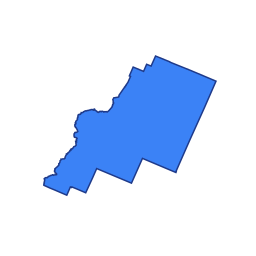 the district of Bragado, Buenos Aires, Argentina, rotated 250°
{"feature_id": "61730980B17981427769766", "entity_name": "Bragado", "entity_type": "district", "adm_level": 2, "iso_a3": "ARG", "parent_name": "Argentina", "parent_adm1": "Buenos Aires", "projection": "natural_earth1", "projection_center": [-60.56, -35.028], "detail": "fine", "context": "isolated", "style": "filled", "palette": "blue", "viewbox_px": 256, "rotation_deg": 250, "n_neighbors": 0, "source": "geoboundaries", "source_scale": "gbopen_adm2", "svg_char_len": 5379}
<svg xmlns="http://www.w3.org/2000/svg" viewBox="0 0 256 256"><g transform="rotate(250 128 128)"><path d="M141.9,226.7L147.6,220.6L160.5,206.7L175.5,190.0L175.8,190.0L186.2,178.5L178.3,170.9L181.5,167.3L175.9,162.0L183.5,153.7L176.5,147.1L175.6,148.0L170.9,143.5L168.8,140.5L168.6,140.6L167.7,138.9L167.5,139.0L166.8,137.7L161.9,130.8L161.8,130.7L161.1,130.4L160.8,130.2L160.4,129.9L160.4,129.5L160.4,129.0L160.5,128.6L160.6,128.0L160.7,127.6L160.8,127.0L160.9,126.7L160.9,126.2L161.0,125.8L161.1,125.6L161.2,125.2L161.2,124.9L160.6,124.3L160.1,123.7L159.8,123.4L158.9,123.4L158.5,123.4L158.2,123.3L157.5,122.9L157.1,122.8L156.7,123.1L156.3,123.0L156.0,122.8L155.8,122.6L155.7,122.4L155.7,122.0L155.5,121.7L155.3,121.7L155.1,121.6L154.9,121.6L154.7,121.5L154.6,121.1L154.2,120.9L153.9,120.8L153.7,120.7L153.6,120.4L153.1,120.1L153.0,119.8L153.0,119.7L152.7,119.4L152.5,118.9L152.3,118.6L152.2,118.4L151.9,118.0L151.7,117.7L151.7,117.4L151.3,116.8L151.1,116.5L151.0,116.2L150.7,115.7L150.6,115.2L150.4,114.9L150.3,114.5L150.2,114.2L150.2,113.8L150.8,113.3L150.9,113.1L150.8,112.7L151.1,112.2L151.3,111.7L151.4,111.4L151.3,111.1L151.2,110.8L151.4,110.6L151.7,110.6L152.0,110.2L152.4,109.8L152.6,109.3L152.7,109.1L152.5,108.7L152.4,108.4L152.7,108.0L153.1,107.8L153.2,107.6L153.3,107.4L153.2,107.0L153.0,106.8L152.9,106.6L152.9,106.4L153.1,106.2L152.8,105.6L152.8,105.4L153.1,105.1L153.4,104.8L153.7,104.6L154.1,104.6L154.3,104.5L154.4,104.2L154.6,104.0L154.8,104.0L155.2,103.9L155.9,103.3L156.3,103.1L156.7,103.0L157.0,103.1L157.4,102.8L157.4,102.6L156.6,102.2L156.5,102.3L156.4,102.3L156.3,102.1L156.4,101.9L156.5,101.8L156.8,101.6L156.9,101.3L157.1,101.1L157.4,101.0L157.6,100.7L157.6,100.4L157.7,100.1L158.0,99.7L157.9,99.3L157.8,98.6L157.9,98.4L158.1,98.0L158.1,97.3L158.0,97.1L158.1,96.4L158.3,95.9L158.4,95.6L158.3,95.2L158.3,94.5L158.5,94.3L158.6,94.1L158.7,93.8L158.7,93.5L158.6,93.2L158.6,92.7L158.5,92.4L158.4,92.0L158.5,91.7L158.4,91.5L158.1,91.2L158.0,90.5L158.1,90.1L158.5,89.3L158.0,89.1L157.7,88.9L157.6,88.4L157.4,88.2L157.2,88.1L157.1,87.9L157.3,87.6L157.2,87.1L157.4,87.0L157.5,86.9L157.4,86.7L157.5,86.3L157.5,86.0L157.3,85.7L157.1,85.4L156.9,85.3L156.7,85.2L156.3,85.2L156.1,85.1L155.8,84.7L155.3,84.5L155.0,84.5L154.9,84.4L154.8,84.0L154.7,83.8L154.4,83.7L154.2,83.6L153.8,83.7L153.5,83.6L153.4,83.3L152.7,82.6L152.6,82.0L152.1,81.3L151.9,81.1L151.4,81.0L151.2,80.9L150.9,80.3L150.6,80.6L150.2,80.6L149.8,80.5L149.6,80.1L149.5,79.8L149.5,79.3L148.9,79.0L148.1,78.8L148.0,78.7L147.5,79.1L147.2,79.0L146.7,78.8L146.4,78.9L146.2,79.2L145.8,79.4L144.5,79.5L143.9,79.7L143.6,79.8L143.4,79.7L143.1,79.6L142.9,79.6L142.4,79.6L142.0,79.7L141.8,79.6L141.7,79.4L141.6,78.5L141.6,78.4L141.5,78.1L141.7,77.5L141.9,77.2L142.0,76.8L141.9,76.5L141.5,76.3L141.4,76.1L140.9,75.6L140.9,75.3L140.6,75.2L140.0,74.9L139.6,74.8L139.4,74.7L138.8,74.5L138.5,74.8L138.1,74.7L137.8,74.5L137.6,74.6L137.4,74.8L137.0,75.4L136.8,75.8L136.4,76.3L136.1,76.5L135.6,76.6L135.4,76.3L135.2,76.0L134.8,75.5L134.4,75.4L134.2,75.6L133.9,75.5L133.9,75.2L133.7,75.0L133.4,75.0L133.2,75.0L132.6,74.9L132.7,74.7L133.1,74.5L133.3,74.2L133.0,74.1L132.7,74.1L132.2,74.2L131.7,73.9L131.4,73.9L131.1,73.7L130.8,73.6L130.5,73.7L130.3,73.6L129.9,73.5L129.6,73.4L129.4,73.1L129.1,72.4L129.0,72.2L128.9,71.9L129.0,71.4L129.0,71.1L129.0,70.7L128.4,70.0L128.2,69.7L127.9,69.1L127.7,69.0L127.5,68.8L127.5,68.3L127.6,68.1L127.8,67.6L127.8,67.4L127.6,67.2L127.3,67.2L127.0,67.1L126.8,66.8L127.0,66.5L126.8,66.4L126.5,66.4L126.5,66.1L126.6,65.8L126.5,65.5L126.3,65.3L126.0,65.2L125.8,65.0L125.7,64.9L125.7,64.5L125.6,64.2L125.3,63.5L125.3,63.1L124.8,62.8L124.6,62.6L124.4,62.3L124.5,62.1L124.7,61.8L124.7,61.5L124.4,61.6L124.2,61.5L124.1,61.1L123.8,60.7L123.7,60.4L123.3,60.2L123.2,60.1L122.9,59.6L122.3,59.1L122.1,59.0L121.9,58.8L121.7,58.6L121.3,58.6L121.1,58.4L120.9,57.8L120.8,57.6L120.9,57.4L120.9,57.1L121.0,57.0L121.3,56.2L121.3,55.9L121.4,55.4L121.4,55.2L121.2,54.9L121.3,54.7L121.6,54.4L121.1,54.1L120.8,53.8L120.6,53.5L120.5,53.0L119.2,52.4L118.9,52.0L118.7,51.8L118.5,51.7L118.1,51.0L118.1,50.7L117.9,50.6L117.6,50.6L117.3,50.6L116.9,50.4L116.8,50.1L116.5,49.9L116.4,49.6L116.2,49.3L116.2,49.0L115.8,48.3L115.7,48.2L115.6,47.7L115.5,47.4L115.4,47.1L115.3,46.9L115.2,46.8L115.1,46.5L115.0,46.2L114.9,46.1L114.8,45.9L114.8,45.5L114.7,45.3L114.4,45.2L114.2,45.1L113.8,45.2L113.6,45.1L113.4,45.0L113.3,44.6L112.9,44.3L112.6,44.1L112.0,44.2L111.4,44.5L110.8,44.2L110.6,44.2L110.6,44.6L110.2,44.9L109.8,45.0L109.4,45.2L109.2,45.2L108.9,45.1L108.6,44.9L109.3,41.8L109.2,41.7L109.4,41.5L109.5,41.5L109.8,41.4L109.9,41.1L109.7,40.5L109.7,40.2L109.7,39.9L109.8,39.6L109.7,39.4L109.9,38.9L109.7,38.3L109.7,38.0L109.7,37.8L109.6,37.2L109.7,36.9L109.8,36.6L109.6,36.3L109.4,36.0L109.3,35.9L108.9,35.4L109.0,35.1L109.1,34.5L109.2,34.4L109.4,34.2L109.4,33.7L109.5,33.5L109.4,33.3L109.4,33.2L109.4,32.8L109.0,32.1L108.9,31.9L108.7,32.1L108.2,32.2L107.5,31.8L107.1,31.7L106.9,31.5L106.8,31.4L106.3,31.1L105.9,31.1L105.8,30.9L105.7,30.7L105.3,30.5L104.9,30.2L104.7,30.1L104.3,30.2L104.2,30.0L104.0,29.8L103.7,29.6L103.3,29.4L103.1,29.5L102.9,29.4L98.0,34.4L95.2,37.5L85.8,47.5L92.3,53.7L91.4,54.6L91.8,55.1L87.9,59.4L81.6,66.1L93.1,77.5L100.6,84.7L75.0,112.4L83.4,120.5L94.5,131.2L69.8,157.8L70.5,158.4L70.7,158.2L76.4,163.6L95.4,181.8L121.0,206.8L141.9,226.7Z" fill="#3b82f6" stroke="#1e3a8a" stroke-width="1.5"/></g></svg>